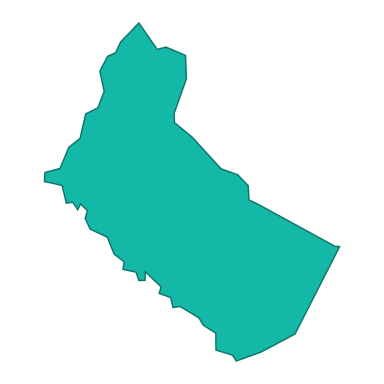 outline of Long, Georgia, United States of America
{"feature_id": "52423323B83955157156950", "entity_name": "Long", "entity_type": "district", "adm_level": 2, "iso_a3": "USA", "parent_name": "United States of America", "parent_adm1": "Georgia", "projection": "albers", "projection_center": [-81.796, 31.777], "detail": "fine", "context": "isolated", "style": "filled", "palette": "teal", "viewbox_px": 384, "rotation_deg": 0, "n_neighbors": 0, "source": "geoboundaries", "source_scale": "gbopen_adm2", "svg_char_len": 801}
<svg xmlns="http://www.w3.org/2000/svg" viewBox="0 0 384 384"><path d="M339.6,246.6L334.9,246.3L257.9,204.2L249.0,200.0L248.1,185.5L237.8,174.9L221.0,168.8L192.4,137.4L174.4,122.6L174.2,113.2L186.4,78.8L185.5,55.4L166.0,47.1L157.2,49.4L138.9,23.0L120.7,41.9L115.6,52.8L107.7,56.3L99.9,71.1L104.2,91.5L97.8,107.9L85.7,113.9L80.1,138.4L68.9,147.2L60.0,168.5L45.0,172.5L44.4,181.6L51.6,183.0L62.2,185.5L66.3,203.1L72.8,202.2L77.7,209.7L80.6,203.9L87.5,210.8L85.2,218.3L90.2,229.2L107.4,237.2L114.1,254.1L124.1,261.8L123.0,269.4L136.1,272.1L138.8,280.5L145.0,280.4L145.3,271.7L161.1,286.9L159.2,293.4L170.8,297.6L172.9,307.5L180.2,306.5L199.0,317.9L203.3,325.2L215.8,333.2L216.0,350.1L232.5,355.1L236.3,361.0L261.1,352.0L295.0,334.0L339.6,246.6Z" fill="#14b8a6" stroke="#0f766e" stroke-width="1.5"/></svg>